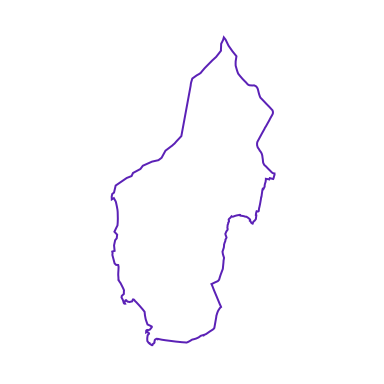 Alimosho, Lagos, Nigeria (Robinson projection), rotated 10°
{"feature_id": "59680162B54313559089261", "entity_name": "Alimosho", "entity_type": "district", "adm_level": 2, "iso_a3": "NGA", "parent_name": "Nigeria", "parent_adm1": "Lagos", "projection": "robinson", "projection_center": [3.269, 6.583], "detail": "fine", "context": "isolated", "style": "outline", "palette": "violet", "viewbox_px": 384, "rotation_deg": 10, "n_neighbors": 0, "source": "geoboundaries", "source_scale": "gbopen_adm2", "svg_char_len": 5736}
<svg xmlns="http://www.w3.org/2000/svg" viewBox="0 0 384 384"><g transform="rotate(10 192 192)"><path d="M123.8,264.5L124.4,266.1L124.5,267.8L128.2,275.8L130.0,277.0L131.6,276.7L132.0,276.7L132.7,278.5L133.0,280.7L133.4,284.2L133.7,286.3L134.5,289.5L134.8,291.1L135.0,291.3L134.9,291.5L136.4,293.1L137.6,294.3L137.8,294.6L139.6,297.0L141.0,298.9L142.1,300.6L142.2,301.9L142.6,304.2L140.9,306.5L140.9,308.1L141.8,309.2L142.7,310.4L143.3,311.5L144.0,313.0L144.4,313.5L145.2,313.7L145.5,313.6L145.1,313.1L144.6,312.3L144.7,311.7L145.0,311.3L145.2,310.7L145.3,310.3L145.7,310.0L146.1,310.0L146.7,310.7L147.0,310.8L147.9,311.2L148.4,311.1L149.2,311.2L149.7,311.2L150.0,311.0L151.0,310.5L151.8,310.3L152.1,310.0L152.3,308.7L152.6,308.0L153.1,308.0L153.5,308.1L154.3,308.7L155.0,309.4L156.0,310.0L159.3,312.5L160.7,313.6L164.0,316.3L166.1,318.2L167.1,321.7L168.4,325.1L169.0,326.3L171.2,330.2L173.6,330.8L175.2,331.3L175.6,331.4L175.9,331.8L175.8,332.3L175.2,333.4L174.5,334.7L173.1,335.6L172.8,335.7L171.9,335.6L171.4,335.9L171.0,336.4L171.2,338.2L171.7,337.8L172.3,337.5L172.9,337.9L173.5,338.4L174.1,338.5L174.3,339.0L173.2,340.8L173.2,341.2L173.3,343.7L173.6,345.3L173.9,346.5L175.0,347.6L175.5,348.1L176.0,348.3L176.3,348.2L176.4,348.6L176.6,348.8L177.7,349.2L178.9,349.8L179.6,349.7L179.8,348.6L180.1,348.2L180.7,347.7L181.2,346.8L181.0,346.1L181.1,344.1L181.6,343.5L182.6,342.7L183.9,342.6L184.0,342.9L184.6,342.6L187.9,342.7L191.9,342.6L197.9,342.3L202.4,342.1L204.8,341.9L207.8,341.7L209.8,341.5L211.4,341.3L212.5,341.3L213.9,340.6L214.0,340.4L214.5,340.1L214.9,339.8L215.9,339.0L216.5,338.5L217.4,337.6L218.3,337.1L219.3,336.7L221.5,335.6L223.4,334.3L223.9,333.9L224.2,333.6L224.7,333.1L225.1,332.6L225.6,332.1L227.2,331.3L228.0,330.9L228.6,330.6L228.7,330.8L228.9,330.5L229.4,330.2L230.6,329.4L233.7,326.3L235.9,324.3L236.9,323.3L237.6,322.0L237.6,316.4L237.6,313.3L237.6,311.0L237.5,309.6L237.6,309.0L237.8,307.2L238.2,305.0L238.6,303.8L239.5,301.7L240.0,300.9L240.6,300.2L240.3,299.7L238.9,297.7L234.5,290.8L231.8,286.6L230.7,284.9L228.9,281.9L227.3,279.4L227.2,279.3L228.3,278.5L230.5,276.9L232.9,275.3L233.9,273.7L234.3,270.4L234.6,268.3L235.3,264.5L235.7,262.4L235.2,255.8L235.0,254.1L235.0,253.3L235.0,251.3L233.9,249.2L233.2,247.8L232.4,245.5L232.8,242.6L233.0,241.2L232.9,239.6L232.8,238.8L232.7,238.3L232.8,237.5L232.9,236.5L233.2,235.1L233.3,234.6L233.3,233.7L233.2,233.0L233.7,231.8L233.9,230.8L233.0,229.2L232.5,228.4L232.1,227.4L232.2,227.0L232.4,226.2L232.5,225.5L232.6,225.3L232.7,225.0L232.8,224.7L232.9,224.3L233.0,224.1L233.3,223.7L233.5,223.2L233.5,222.8L233.6,222.5L233.4,221.8L233.1,221.3L233.0,220.6L233.0,220.1L232.9,219.2L232.8,218.4L232.9,217.9L233.0,217.6L233.1,216.9L233.1,216.3L233.0,215.8L233.2,215.5L233.4,215.1L233.5,214.8L233.5,214.4L233.5,214.2L233.3,214.0L233.3,213.8L232.9,212.8L233.0,212.4L233.5,211.6L234.2,210.8L234.6,210.1L235.1,209.1L235.4,209.3L236.2,209.3L237.2,208.9L238.1,208.3L239.1,207.8L239.9,207.4L241.2,206.9L242.3,206.5L243.0,206.2L243.3,206.2L243.5,206.8L243.8,206.9L244.7,206.8L246.2,206.8L247.3,206.8L248.4,207.0L249.2,207.0L249.7,206.9L250.1,207.0L250.9,207.3L252.2,207.9L253.3,208.6L253.7,208.8L254.0,209.1L254.2,209.5L253.9,210.2L253.9,210.3L254.5,210.6L254.8,210.9L255.5,211.7L255.8,212.1L256.3,212.4L256.9,212.5L257.2,212.6L257.3,212.2L257.4,211.8L257.5,211.3L257.6,210.6L258.1,210.0L258.8,209.2L259.4,207.9L259.6,207.5L259.5,205.9L259.4,203.8L258.9,203.7L258.8,202.6L258.8,201.4L258.9,200.4L259.0,199.7L259.3,199.7L259.8,199.8L260.4,199.7L260.7,199.6L261.0,199.2L261.0,198.6L260.9,196.8L260.9,195.8L261.0,195.3L261.0,194.7L261.1,192.4L261.1,189.3L261.1,187.1L261.0,185.1L261.2,184.9L261.2,184.7L261.2,183.7L261.1,181.5L261.1,180.8L261.0,178.6L261.0,177.4L261.1,176.6L261.8,176.8L262.3,175.1L262.5,174.4L262.6,174.2L262.4,173.0L262.4,171.6L262.5,170.6L262.7,169.2L262.6,167.5L262.6,166.7L262.5,166.2L263.0,166.2L264.1,166.2L265.3,166.1L265.9,166.2L266.2,164.8L268.3,165.0L269.2,165.1L269.7,165.1L269.9,164.3L270.0,163.4L270.1,161.9L270.2,161.3L270.3,160.6L270.0,159.4L269.4,159.5L268.7,159.4L268.1,159.3L267.5,159.0L266.7,158.5L265.5,157.6L263.0,155.9L262.9,155.8L262.6,155.6L261.8,155.0L260.3,153.9L258.6,152.9L258.0,152.2L257.5,151.5L257.0,150.8L256.6,149.5L256.0,147.4L255.4,145.6L254.9,144.0L254.1,142.3L253.3,141.2L252.3,140.1L251.5,139.5L250.8,138.5L249.0,136.7L248.0,134.7L247.6,132.6L247.7,131.2L248.3,129.4L250.8,121.9L252.4,117.3L252.7,116.1L253.4,114.5L254.4,111.6L255.1,109.6L255.7,107.9L255.9,107.1L256.4,105.6L256.8,104.4L257.3,103.1L257.9,101.2L258.0,100.1L257.7,98.8L257.1,97.6L255.8,96.6L253.6,94.9L250.1,92.4L247.7,90.6L245.1,88.7L243.0,87.2L242.3,86.2L241.2,84.2L240.3,82.3L239.4,80.2L238.6,78.6L237.5,77.4L236.5,76.7L234.6,76.2L233.1,76.6L230.2,76.9L228.9,76.7L227.6,75.9L227.0,75.4L226.3,74.8L224.7,73.7L222.2,71.9L218.9,69.2L216.9,67.4L215.9,65.7L215.3,64.6L214.6,63.2L213.1,60.1L212.7,58.3L212.3,55.7L212.2,50.6L207.3,46.3L202.5,41.5L202.0,40.8L198.6,36.1L197.6,35.2L196.5,34.2L196.2,37.0L195.0,41.0L195.5,44.6L195.7,46.4L196.0,47.8L194.8,50.1L192.3,54.8L189.2,58.8L185.4,64.3L183.0,67.8L180.7,71.7L179.9,73.2L178.6,74.5L176.4,76.3L172.6,80.2L172.1,84.4L172.1,86.1L172.2,87.5L171.8,138.8L167.7,145.1L166.4,147.3L164.9,149.1L164.7,149.5L163.8,150.4L160.1,154.4L158.7,155.9L158.3,157.1L156.1,163.6L155.2,164.6L153.4,166.5L147.4,169.0L139.0,174.7L137.2,178.3L130.6,183.5L129.7,186.8L125.3,189.5L115.7,198.9L115.3,206.1L113.8,207.8L113.7,210.5L114.3,213.2L116.1,211.6L118.3,214.3L118.8,215.1L119.8,217.5L120.6,219.5L121.7,222.5L122.3,224.7L123.6,231.2L124.1,234.6L124.3,236.6L124.4,237.9L123.6,240.6L122.5,244.6L125.7,247.0L125.9,250.7L124.7,252.8L124.5,258.1L126.0,263.4L125.6,263.6L123.8,264.5Z" fill="none" stroke="#5b21b6" stroke-width="2"/></g></svg>